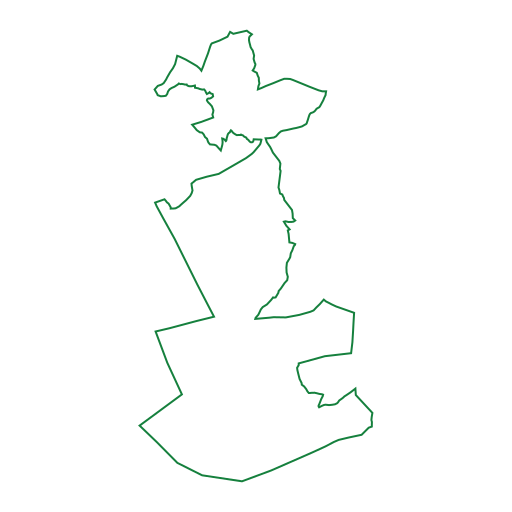 outline of Oru East, Imo, Nigeria
{"feature_id": "59680162B91755424681987", "entity_name": "Oru East", "entity_type": "district", "adm_level": 2, "iso_a3": "NGA", "parent_name": "Nigeria", "parent_adm1": "Imo", "projection": "mercator", "projection_center": [6.961, 5.722], "detail": "fine", "context": "isolated", "style": "outline", "palette": "green", "viewbox_px": 512, "rotation_deg": 0, "n_neighbors": 0, "source": "geoboundaries", "source_scale": "gbopen_adm2", "svg_char_len": 5006}
<svg xmlns="http://www.w3.org/2000/svg" viewBox="0 0 512 512"><path d="M371.8,426.6L371.9,422.0L371.4,420.0L371.7,417.0L372.4,412.9L355.8,395.0L355.4,388.6L350.6,392.3L348.1,394.0L345.7,395.6L344.4,396.4L343.3,397.5L341.9,398.6L339.2,400.5L338.1,402.2L337.2,403.2L335.0,404.3L332.0,404.8L329.0,405.1L327.3,404.9L325.5,404.7L323.9,405.0L321.8,405.9L319.1,407.3L318.6,406.5L318.6,405.5L319.2,404.3L320.0,402.3L321.3,398.9L322.0,397.6L322.7,396.3L323.1,394.7L322.1,394.3L319.3,393.9L316.7,393.2L315.2,392.9L314.5,392.7L313.7,392.8L311.8,392.8L309.9,393.0L308.8,393.0L307.4,391.3L306.2,389.1L304.1,386.4L301.8,384.7L301.6,383.0L299.6,379.0L298.2,373.5L297.4,370.1L297.1,367.8L298.7,365.1L298.7,363.4L324.9,356.2L351.1,353.2L352.4,342.3L353.1,330.7L353.5,322.9L354.1,312.8L336.2,306.5L331.7,304.4L328.7,302.8L325.9,301.4L323.8,299.6L319.8,304.1L316.3,307.5L313.6,310.4L310.3,311.8L299.3,314.9L285.9,317.4L273.6,317.2L269.3,317.7L255.3,318.9L255.6,317.8L258.3,314.8L260.0,311.3L260.8,309.5L262.7,307.1L266.9,304.5L271.0,300.1L273.1,297.4L273.9,297.7L275.6,297.4L278.3,292.9L278.7,291.0L280.8,288.6L284.6,283.0L287.2,280.2L287.8,276.8L286.6,272.5L286.4,267.6L286.9,262.8L289.3,258.9L290.2,257.2L290.8,253.3L292.3,250.3L293.8,246.1L294.9,245.0L295.2,244.1L292.3,242.9L289.4,242.4L288.6,233.9L287.8,230.4L289.6,229.4L286.3,225.7L283.9,221.7L285.5,221.3L288.6,222.0L291.8,221.9L293.6,221.6L295.2,220.5L292.8,218.1L292.6,213.6L292.0,210.0L284.3,200.0L283.9,197.8L283.1,196.5L282.3,194.5L280.0,193.5L279.3,189.9L278.5,187.5L280.6,170.9L279.8,169.0L280.4,163.6L279.3,160.9L272.9,152.6L271.2,149.0L270.1,146.9L268.0,143.9L266.8,142.1L265.6,138.3L268.7,138.2L273.9,137.5L276.1,136.3L278.9,133.1L280.9,131.4L283.0,130.7L286.5,130.1L289.1,129.5L293.4,128.5L296.1,128.0L298.8,127.3L301.0,126.7L302.2,126.3L304.9,124.7L305.6,124.4L306.0,124.1L306.6,123.5L307.0,122.3L307.9,119.7L308.7,117.0L309.3,115.2L309.9,114.0L310.8,113.1L312.8,112.4L313.6,112.0L314.5,111.3L315.4,110.4L316.1,109.3L317.1,108.4L318.2,107.8L319.3,107.2L320.2,105.9L321.7,103.1L323.2,100.4L324.2,97.9L325.6,95.0L325.7,93.6L326.1,91.3L325.6,91.3L322.2,91.3L318.6,90.3L309.1,86.6L304.5,84.7L293.0,80.0L290.2,79.0L287.1,78.8L284.2,78.8L280.2,80.3L272.9,83.3L265.9,86.0L261.5,88.0L257.9,89.4L258.4,86.2L259.4,83.5L258.9,80.7L258.8,77.8L257.7,75.6L256.8,72.8L254.1,71.4L252.7,70.5L254.2,68.2L255.4,64.8L255.3,63.8L254.7,62.7L253.6,58.9L254.1,55.5L252.7,50.4L251.9,49.4L250.6,47.1L250.1,45.0L249.4,42.4L249.0,40.2L249.1,37.8L249.6,36.5L251.0,35.2L251.9,34.3L248.8,32.3L246.8,30.7L233.3,33.8L230.1,31.9L227.5,36.7L219.4,40.6L211.8,43.4L211.0,44.5L210.1,46.8L208.0,53.4L204.8,61.7L203.4,65.8L201.4,70.7L199.8,68.6L196.8,66.0L193.1,63.8L185.8,59.6L179.7,56.7L177.2,55.8L175.1,64.1L172.9,68.3L170.2,72.1L167.2,77.3L166.1,79.5L163.7,83.1L161.7,84.5L157.8,85.9L154.6,89.5L157.2,94.0L157.7,95.2L158.9,95.6L160.8,96.3L163.7,96.1L165.8,95.8L167.2,94.0L168.0,91.5L169.6,89.3L171.6,88.0L174.5,86.7L178.1,84.3L178.8,83.5L180.1,84.0L180.8,84.1L181.6,83.9L183.5,84.2L185.1,84.6L186.7,84.5L187.0,85.2L187.5,85.6L189.0,86.2L191.1,86.3L193.5,85.9L194.9,85.5L195.0,86.1L195.0,87.7L198.5,88.4L199.4,88.9L202.3,89.6L204.1,89.4L205.2,90.7L206.1,92.7L206.9,94.0L208.7,93.0L209.6,92.2L210.5,93.3L212.7,94.1L213.1,96.4L211.4,97.8L209.9,98.5L208.2,98.5L207.1,99.4L206.9,100.4L208.1,102.3L209.8,103.9L211.9,106.3L213.4,110.3L213.1,112.4L212.4,114.5L213.2,117.5L201.0,122.0L192.2,124.7L195.2,128.2L196.7,130.1L199.8,132.3L202.1,132.6L203.7,134.4L205.0,137.0L207.0,138.7L207.7,140.8L208.4,142.5L210.0,144.4L214.5,144.8L216.4,145.6L218.6,148.1L220.8,150.5L221.5,147.9L222.0,146.1L222.4,144.4L222.6,142.4L222.5,140.5L222.2,138.5L223.1,138.7L224.6,139.6L225.3,140.5L225.8,141.1L226.1,140.8L226.4,140.2L226.6,139.1L226.7,138.1L227.1,136.9L227.4,135.7L227.7,134.7L228.1,133.8L229.0,132.8L229.6,132.5L230.2,131.8L230.2,131.3L230.9,130.3L231.5,130.8L232.1,131.4L232.7,132.4L233.9,133.4L235.6,134.5L236.8,135.1L238.7,135.0L240.6,135.0L241.0,134.6L241.5,135.0L242.5,135.2L243.1,135.5L243.8,136.3L244.5,136.8L245.7,137.3L246.3,137.6L246.5,138.2L246.9,138.9L247.7,139.4L248.6,140.2L249.2,141.0L250.0,141.8L250.6,142.2L251.7,142.3L252.3,142.2L253.1,141.6L253.3,141.0L253.6,140.0L253.7,139.3L258.2,139.5L260.2,139.5L261.4,139.7L261.2,140.6L260.6,142.9L260.3,143.9L259.4,145.3L255.7,149.7L253.6,152.2L251.8,153.9L248.8,156.1L245.9,158.2L218.7,173.9L206.8,176.7L196.1,179.8L191.5,183.6L191.7,185.8L192.5,190.5L191.7,193.1L190.2,195.9L186.1,200.2L183.2,202.7L180.4,205.2L179.4,206.2L177.3,207.4L175.6,208.3L173.7,208.5L171.9,208.5L170.7,208.6L170.7,207.3L168.6,203.6L167.0,202.4L165.8,200.8L164.5,199.3L155.1,202.6L156.7,206.3L163.1,218.1L174.7,239.0L181.7,253.1L197.3,284.5L206.2,301.7L214.0,316.7L196.6,321.0L169.6,328.2L155.6,331.5L167.3,362.8L181.9,394.4L139.6,425.6L156.6,441.9L177.4,462.9L202.1,475.3L242.0,481.3L271.1,470.5L312.4,452.4L325.5,446.4L333.6,442.1L338.7,439.9L348.8,437.5L359.2,435.3L361.6,434.8L364.5,431.9L368.7,427.7L371.8,426.6Z" fill="none" stroke="#15803d" stroke-width="2"/></svg>